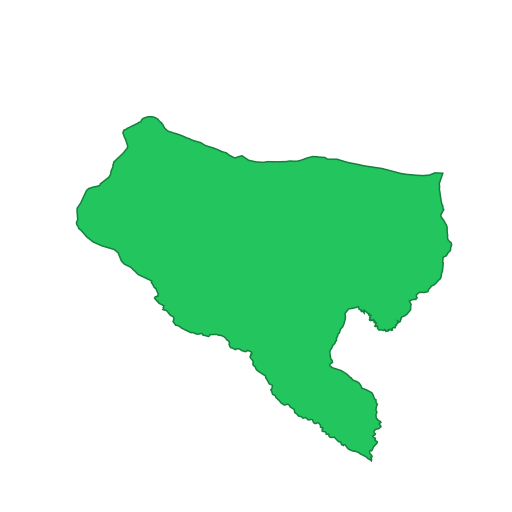 Kota Pagar Alam, Sumatera Selatan, Indonesia, rotated 112°
{"feature_id": "22746128B19740076763731", "entity_name": "Kota Pagar Alam", "entity_type": "district", "adm_level": 2, "iso_a3": "IDN", "parent_name": "Indonesia", "parent_adm1": "Sumatera Selatan", "projection": "equal_earth", "projection_center": [103.303, -4.121], "detail": "fine", "context": "isolated", "style": "filled", "palette": "green", "viewbox_px": 512, "rotation_deg": 112, "n_neighbors": 0, "source": "geoboundaries", "source_scale": "gbopen_adm2", "svg_char_len": 6045}
<svg xmlns="http://www.w3.org/2000/svg" viewBox="0 0 512 512"><g transform="rotate(112 256 256)"><path d="M272.6,438.4L278.7,439.7L281.1,438.9L289.2,434.9L292.4,435.0L294.2,433.7L294.9,432.4L296.9,430.6L297.8,427.7L301.8,419.8L304.0,412.0L304.3,402.5L303.1,390.0L304.6,385.1L311.1,378.9L312.9,374.8L313.3,368.2L314.1,365.7L314.7,365.0L315.2,363.1L317.3,358.4L318.2,343.3L319.8,343.1L320.9,341.3L323.1,338.8L323.6,337.6L323.4,337.0L328.2,332.1L329.5,332.4L330.0,332.0L331.5,334.1L333.2,334.2L335.1,330.4L334.9,329.8L335.6,329.3L336.2,328.1L336.6,322.7L338.6,322.7L339.5,322.0L340.5,322.3L340.2,318.2L343.1,313.2L343.3,309.9L344.9,308.6L347.9,308.3L350.3,304.5L349.7,302.1L350.4,298.7L350.7,298.3L351.5,287.6L350.6,285.9L350.7,281.9L349.8,279.6L348.7,278.4L348.1,277.0L349.0,276.0L349.3,275.1L348.9,274.4L348.5,270.0L347.8,269.4L346.1,269.1L343.4,263.0L343.5,260.9L342.7,258.7L342.9,254.9L343.6,253.3L344.6,252.0L345.2,249.4L346.7,247.8L347.8,248.0L349.5,246.6L350.5,245.0L350.2,243.3L350.6,240.0L349.5,239.4L348.6,237.7L348.5,236.2L349.0,233.7L348.9,231.3L348.5,229.7L347.9,229.0L346.6,228.5L346.7,224.6L347.0,223.9L347.6,223.9L348.1,223.3L348.5,223.9L349.6,223.9L350.2,223.3L351.1,223.9L352.3,223.4L354.5,219.4L358.0,218.1L359.3,215.0L361.3,213.1L362.1,210.3L363.6,202.6L363.9,202.1L365.5,201.2L366.2,199.8L369.6,195.9L369.6,193.0L370.1,192.1L371.4,192.0L372.6,191.5L374.5,192.2L375.6,190.8L377.7,189.1L378.0,188.7L378.2,186.2L378.6,185.4L379.8,184.5L381.2,180.6L382.9,177.6L383.6,173.8L381.7,171.4L381.6,169.8L383.2,167.6L383.9,163.2L386.7,161.4L387.1,159.3L388.5,156.5L387.9,153.5L388.7,152.3L388.8,151.6L387.3,149.8L387.3,149.3L387.6,148.1L388.4,146.5L388.1,145.3L386.7,143.4L386.6,142.8L386.7,142.4L388.8,140.3L389.2,139.4L389.2,138.4L388.6,137.3L387.7,137.0L387.4,135.2L388.8,132.7L390.5,132.2L390.7,131.3L390.3,130.6L390.4,129.4L392.5,129.7L393.7,128.8L393.1,126.0L393.3,125.3L395.0,124.0L393.9,121.8L395.7,120.8L396.3,119.5L396.1,118.3L394.7,115.6L397.0,110.4L397.2,109.4L396.9,108.9L396.8,107.9L398.6,106.2L399.0,105.3L398.9,104.0L398.1,104.0L397.8,102.9L398.4,101.3L399.9,99.1L400.5,97.5L400.5,93.0L400.0,91.3L399.7,88.2L400.1,85.9L400.4,85.4L400.9,78.6L401.9,76.5L402.2,73.7L402.7,72.3L401.1,72.7L399.7,74.2L398.8,73.2L398.3,73.3L397.4,74.1L396.5,76.5L394.4,77.5L393.6,77.2L393.4,76.1L393.1,75.7L388.7,75.5L384.3,73.7L383.0,73.8L382.8,73.9L382.2,76.9L380.6,76.8L380.2,77.3L380.0,79.2L379.6,80.0L378.6,80.0L377.2,78.7L376.2,78.7L375.5,80.4L374.8,80.9L372.0,80.3L370.2,77.6L367.6,76.2L367.1,76.4L365.3,79.0L363.5,77.8L362.8,78.9L362.5,81.4L361.1,83.8L358.2,85.4L355.6,85.3L354.1,86.9L353.0,87.4L349.4,88.1L348.3,87.8L346.3,90.2L344.4,90.8L344.0,92.8L341.0,95.3L339.4,97.3L338.7,104.1L338.9,108.2L336.4,110.8L335.0,113.2L334.6,115.9L334.8,119.0L334.1,120.9L333.3,122.0L333.3,123.1L331.5,127.5L330.3,134.2L331.0,143.4L329.9,146.8L328.4,146.9L326.1,145.2L324.6,146.0L323.9,146.9L323.5,148.0L318.3,151.2L315.8,151.9L313.2,151.3L310.4,151.3L307.5,150.2L305.7,150.2L304.0,149.7L302.2,150.7L300.6,150.3L297.4,150.6L296.2,149.9L292.1,150.2L289.3,149.1L286.3,149.0L280.5,149.7L278.4,150.5L276.1,152.0L270.4,150.3L267.6,145.7L266.8,145.0L266.2,143.5L265.3,143.1L264.7,142.2L265.7,141.1L266.8,140.5L266.6,138.4L266.9,138.0L267.5,138.1L268.0,137.4L267.3,136.1L267.2,135.4L267.9,135.1L268.3,134.4L266.9,134.9L266.3,136.1L265.9,135.7L265.8,134.8L266.6,133.1L266.6,132.2L267.1,131.7L267.3,129.5L267.9,129.7L268.5,129.3L267.8,127.5L268.0,127.0L270.2,127.8L271.2,126.4L272.2,127.1L272.7,126.9L273.1,125.8L272.7,125.1L272.2,125.1L272.3,124.4L272.1,123.7L271.0,123.4L271.0,123.0L271.7,122.6L271.8,121.5L272.2,121.0L272.9,121.8L273.5,121.3L273.1,120.6L273.2,119.2L274.6,119.5L275.6,119.0L276.4,119.7L276.6,119.5L276.7,118.9L275.6,117.3L276.0,116.6L277.2,116.5L278.6,114.4L277.3,111.4L277.3,109.9L276.8,109.2L276.0,109.0L277.2,107.3L276.4,106.1L276.0,106.1L275.9,105.2L274.9,104.8L274.7,105.4L273.7,104.3L274.2,102.8L274.0,102.1L273.5,101.8L272.4,102.7L271.1,102.0L270.4,100.2L268.9,100.4L267.4,99.9L267.2,100.3L264.7,99.2L263.2,100.4L263.6,98.4L262.8,97.7L260.7,98.0L259.7,97.8L259.3,98.3L258.7,98.3L257.8,97.8L255.8,95.7L253.3,94.2L248.0,92.5L244.8,93.7L242.7,94.1L240.3,97.0L238.2,95.0L236.6,92.4L236.5,91.5L235.4,91.5L234.4,90.9L233.2,92.3L231.8,92.7L228.4,90.9L228.3,89.9L227.9,89.4L226.8,86.3L224.7,83.3L221.8,83.3L219.8,82.4L218.0,82.1L216.5,80.4L213.8,78.9L210.2,77.7L207.9,76.5L205.7,76.6L203.3,77.3L200.0,77.5L193.9,79.3L192.1,79.9L191.8,80.6L187.0,82.0L184.5,79.6L180.7,79.0L178.4,77.9L177.7,77.8L175.7,78.6L172.3,78.8L170.6,80.0L169.7,82.9L168.6,84.5L166.2,85.8L165.6,85.8L161.8,87.9L158.3,89.3L156.5,90.5L152.3,95.7L150.8,98.5L149.7,99.5L148.6,100.0L142.6,99.3L141.8,100.5L139.5,101.6L138.5,102.9L135.7,104.9L124.4,111.5L123.6,111.4L120.3,113.2L109.3,113.8L111.9,121.3L115.9,125.4L118.7,130.8L120.8,136.7L124.5,149.0L124.4,149.3L125.1,151.8L127.7,172.1L132.0,189.9L132.8,195.3L134.7,204.8L135.2,208.7L135.9,217.1L139.2,225.3L139.4,226.6L138.9,228.7L139.0,229.7L140.2,233.0L141.0,235.7L141.0,236.7L141.8,238.2L142.2,240.1L144.0,242.7L146.3,245.7L150.5,250.3L152.8,253.6L154.0,256.5L155.3,260.4L156.9,262.9L160.5,271.0L164.3,280.9L166.3,283.9L168.7,291.1L170.0,298.7L168.3,306.5L171.5,310.7L172.6,311.4L173.0,313.4L172.5,319.0L171.5,322.1L172.1,327.7L171.8,327.8L172.0,328.6L171.7,330.6L171.8,336.0L172.5,343.5L172.4,345.7L171.6,349.3L172.4,357.3L172.4,361.0L172.1,361.8L172.4,362.9L172.2,370.5L172.5,376.6L172.9,378.1L172.9,381.2L173.2,382.7L172.9,385.5L171.4,389.0L169.0,391.6L168.4,393.3L167.9,393.4L167.2,396.1L165.9,398.2L165.5,400.8L165.5,402.9L166.1,405.4L167.1,407.7L168.4,409.7L170.4,411.9L172.1,412.9L174.9,413.2L176.2,414.9L177.2,415.3L185.7,423.0L187.8,424.4L188.5,425.5L190.4,425.7L191.8,425.5L195.0,422.6L197.0,420.4L201.8,416.4L203.2,415.8L205.0,415.9L207.0,416.8L207.6,416.8L211.2,418.0L222.2,423.1L224.4,422.6L225.1,422.8L226.6,422.1L231.6,422.2L235.0,421.4L238.2,422.0L247.5,427.4L248.8,427.1L250.7,429.1L252.5,432.0L256.1,436.4L258.6,437.6L260.7,437.8L272.6,438.4Z" fill="#22c55e" stroke="#15803d" stroke-width="1.5"/></g></svg>